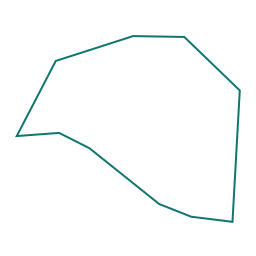 map outline of Reading (Natural Earth projection), rotated 181°
{"feature_id": "GBR-5699", "entity_name": "Reading", "entity_type": "Unitary Authority", "adm_level": 1, "iso_a3": "GBR", "parent_name": "United Kingdom", "parent_adm1": "", "projection": "natural_earth1", "projection_center": [-1.033, 51.451], "detail": "fine", "context": "isolated", "style": "outline", "palette": "teal", "viewbox_px": 256, "rotation_deg": 181, "n_neighbors": 0, "source": "natural_earth", "source_scale": "10m", "svg_char_len": 288}
<svg xmlns="http://www.w3.org/2000/svg" viewBox="0 0 256 256"><g transform="rotate(181 128 128)"><path d="M21.9,36.0L63.3,40.4L95.5,52.5L166.2,107.1L196.8,121.9L239.1,118.0L201.4,193.8L124.5,220.0L73.3,220.0L16.9,167.5L21.9,36.0Z" fill="none" stroke="#0f766e" stroke-width="2"/></g></svg>